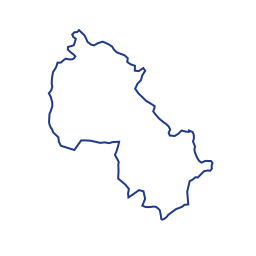 Uiseong-gun, North Gyeongsang, South Korea (orthographic projection), rotated 208°
{"feature_id": "91817680B75376031789242", "entity_name": "Uiseong-gun", "entity_type": "district", "adm_level": 2, "iso_a3": "KOR", "parent_name": "South Korea", "parent_adm1": "North Gyeongsang", "projection": "orthographic", "projection_center": [128.598, 36.353], "detail": "fine", "context": "isolated", "style": "outline", "palette": "blue", "viewbox_px": 256, "rotation_deg": 208, "n_neighbors": 0, "source": "geoboundaries", "source_scale": "gbopen_adm2", "svg_char_len": 1973}
<svg xmlns="http://www.w3.org/2000/svg" viewBox="0 0 256 256"><g transform="rotate(208 128 128)"><path d="M38.9,88.8L45.8,99.5L48.6,110.1L46.9,112.4L45.3,116.2L43.1,117.1L41.7,122.0L40.5,125.6L37.7,127.9L35.4,128.8L35.0,131.0L34.9,131.6L36.5,134.0L37.0,136.8L39.3,137.8L44.3,135.2L46.9,131.9L49.9,132.4L53.2,134.3L57.7,138.1L59.5,140.6L60.0,143.0L62.8,145.4L64.2,146.5L64.9,149.6L66.1,151.9L67.3,153.4L69.1,154.8L73.0,154.4L72.5,153.1L75.1,152.0L79.5,150.9L80.9,146.5L83.1,142.8L87.6,141.0L89.8,142.8L90.1,146.5L92.7,148.4L96.4,149.5L99.3,149.8L104.8,150.9L110.7,153.1L113.6,154.6L114.0,157.9L114.7,159.8L118.0,160.1L125.0,160.5L129.8,162.0L134.9,163.4L140.1,166.0L140.4,171.5L139.0,176.3L140.1,181.1L139.7,186.6L142.7,188.1L145.2,183.3L148.9,181.8L151.1,186.2L155.5,185.5L159.6,185.9L161.0,189.5L165.1,190.6L173.6,189.5L177.2,190.6L180.2,192.4L184.6,192.8L190.8,192.4L194.5,188.7L196.7,185.1L199.7,184.3L204.1,185.0L207.4,187.6L210.0,189.4L217.2,191.4L217.8,189.0L220.4,187.2L221.1,184.3L219.0,182.7L215.9,182.2L215.2,178.7L214.7,175.6L216.8,173.5L219.0,171.4L218.0,169.0L214.0,167.9L210.7,167.4L208.1,166.5L208.4,163.9L209.8,162.2L212.6,160.8L215.6,159.9L216.8,157.5L218.0,154.2L220.9,152.6L220.1,148.6L220.1,146.0L220.5,142.4L218.6,136.5L216.4,131.7L214.2,128.8L213.5,125.1L214.2,121.5L210.9,119.3L206.8,114.9L205.0,111.6L204.2,106.8L203.9,103.5L200.5,96.2L199.1,94.4L196.1,91.8L195.4,91.8L191.7,88.9L185.1,87.1L182.6,83.4L178.9,80.8L165.0,83.4L164.2,90.0L163.5,95.1L159.9,97.0L155.1,99.2L145.6,101.8L141.9,104.3L137.5,105.8L134.9,108.4L129.4,111.7L128.3,107.6L127.2,102.1L126.9,98.1L122.8,95.5L120.3,93.7L119.2,90.8L116.2,85.6L112.9,78.7L108.9,77.9L103.8,76.8L98.6,74.6L97.2,70.2L95.0,66.9L92.8,71.0L89.1,78.3L84.7,79.4L79.6,73.5L78.9,66.2L75.2,66.5L71.2,68.7L68.6,70.6L66.0,71.6L61.6,70.5L58.7,67.2L55.8,63.2L54.7,63.2L53.2,65.0L52.1,67.6L51.8,69.8L50.6,72.7L47.3,79.3L45.5,81.1L42.9,84.4L42.2,86.6L38.9,88.8Z" fill="none" stroke="#1e3a8a" stroke-width="2"/></g></svg>